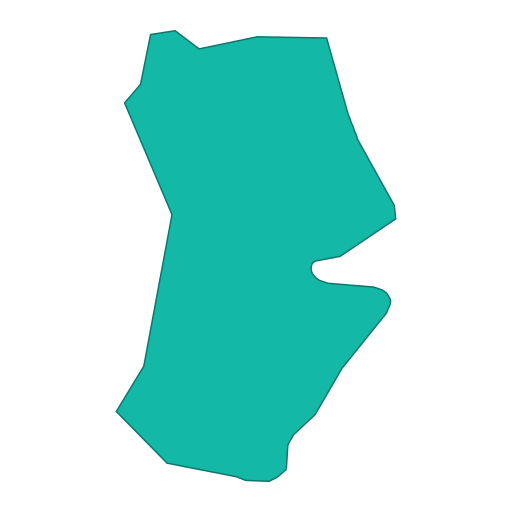 SVG path tracing the border of Hillingdon
{"feature_id": "GBR-2753", "entity_name": "Hillingdon", "entity_type": "London Borough", "adm_level": 1, "iso_a3": "GBR", "parent_name": "United Kingdom", "parent_adm1": "", "projection": "equal_earth", "projection_center": [-0.412, 51.535], "detail": "fine", "context": "isolated", "style": "filled", "palette": "teal", "viewbox_px": 512, "rotation_deg": 0, "n_neighbors": 0, "source": "natural_earth", "source_scale": "10m", "svg_char_len": 750}
<svg xmlns="http://www.w3.org/2000/svg" viewBox="0 0 512 512"><path d="M395.7,218.9L340.0,256.4L315.0,261.1L313.4,262.3L312.2,263.7L311.5,265.3L311.1,268.9L311.3,270.6L311.8,272.3L312.6,274.0L316.0,278.0L319.4,280.4L328.2,283.3L373.9,287.1L382.7,290.2L385.9,292.5L387.2,293.9L390.2,299.2L390.6,300.9L390.2,304.2L386.3,313.3L342.0,368.3L315.1,414.6L293.7,434.6L288.4,443.8L287.8,445.5L286.4,468.2L285.8,469.9L277.1,477.3L269.0,481.3L245.6,480.4L236.7,476.8L167.1,463.2L116.3,411.5L143.8,366.2L172.0,214.6L124.6,102.9L140.5,84.4L150.6,34.5L175.1,30.7L199.1,48.9L257.2,36.8L326.6,38.0L348.4,115.1L349.9,118.4L351.4,123.1L353.1,126.4L354.5,131.2L356.1,134.3L357.5,139.2L394.3,205.5L395.7,218.9Z" fill="#14b8a6" stroke="#0f766e" stroke-width="1.5"/></svg>